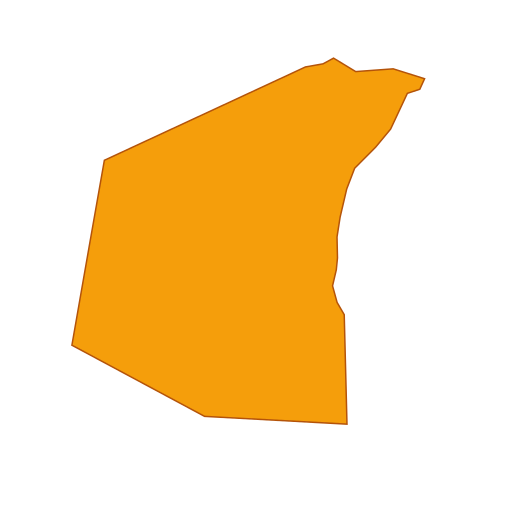 Cenac, Soufrière, Saint Lucia, rotated 170°
{"feature_id": "8701671B19367701502123", "entity_name": "Cenac", "entity_type": "district", "adm_level": 2, "iso_a3": "LCA", "parent_name": "Saint Lucia", "parent_adm1": "Soufrière", "projection": "natural_earth1", "projection_center": [-61.044, 13.872], "detail": "fine", "context": "isolated", "style": "filled", "palette": "amber", "viewbox_px": 512, "rotation_deg": 170, "n_neighbors": 0, "source": "geoboundaries", "source_scale": "gbopen_adm2", "svg_char_len": 488}
<svg xmlns="http://www.w3.org/2000/svg" viewBox="0 0 512 512"><g transform="rotate(170 256 256)"><path d="M195.6,74.6L179.3,182.9L184.2,196.2L185.8,213.3L179.3,228.5L176.1,239.9L172.9,260.7L166.4,279.7L155.0,306.3L143.6,325.3L119.3,342.4L101.4,357.6L78.7,389.9L65.7,391.8L64.9,393.0L59.2,401.3L88.4,416.5L125.8,420.3L145.3,437.4L156.6,433.6L174.5,433.6L186.8,430.3L388.7,376.6L417.3,298.0L452.8,200.1L334.5,107.0L195.6,74.6Z" fill="#f59e0b" stroke="#b45309" stroke-width="1.5"/></g></svg>